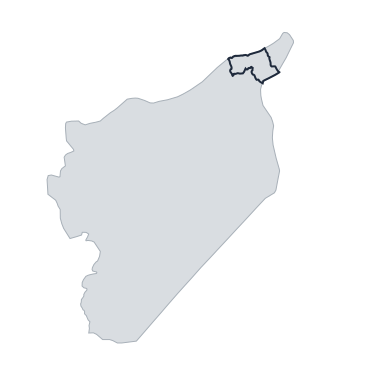 Quamishli, Hasaka (Al Haksa), Syria shown in context, rotated 344°
{"feature_id": "27442178B53577550578456", "entity_name": "Quamishli", "entity_type": "district", "adm_level": 2, "iso_a3": "SYR", "parent_name": "Syria", "parent_adm1": "Hasaka (Al Haksa)", "projection": "mercator", "projection_center": [41.203, 36.804], "detail": "fine", "context": "in_parent", "style": "outline", "palette": "slate", "viewbox_px": 384, "rotation_deg": 344, "n_neighbors": 0, "source": "geoboundaries", "source_scale": "gbopen_adm2", "svg_char_len": 4244}
<svg xmlns="http://www.w3.org/2000/svg" viewBox="0 0 384 384"><g transform="rotate(344 192 192)"><path d="M58.3,136.6L61.5,136.9L68.2,141.0L69.3,140.9L71.4,135.5L73.4,133.6L77.5,132.0L78.7,123.3L80.6,121.6L83.0,120.7L86.6,120.5L89.7,120.0L89.9,118.5L85.5,108.3L85.9,105.7L88.0,95.5L89.4,91.5L90.6,90.2L95.6,90.7L102.6,92.5L104.4,95.4L107.8,98.0L112.9,97.9L118.8,98.4L123.4,98.5L127.1,96.7L135.4,93.3L139.5,92.1L143.3,90.6L155.3,84.9L160.1,85.4L163.4,86.1L165.9,87.0L171.6,90.9L176.3,94.8L179.6,95.9L185.4,95.8L194.0,96.6L204.4,96.5L210.5,95.4L218.4,93.5L232.3,88.9L250.6,79.3L261.3,74.6L266.0,74.0L272.0,74.0L278.1,75.2L284.9,76.1L288.1,76.0L295.5,75.0L305.1,73.1L311.2,71.5L318.5,68.8L323.0,64.5L324.5,64.0L326.4,64.8L327.3,65.1L329.1,67.6L331.1,74.0L331.1,74.7L330.7,76.5L325.9,81.8L319.5,88.9L314.8,93.4L307.0,101.0L301.2,102.6L291.3,105.3L288.7,107.9L286.2,112.2L284.8,118.0L284.4,121.6L284.1,128.4L286.4,135.4L288.6,142.1L288.9,146.5L288.7,150.9L286.5,155.6L284.2,162.0L282.9,169.2L282.2,182.6L282.2,194.0L282.0,195.9L277.9,203.9L273.2,213.3L271.0,215.5L260.7,218.3L249.3,225.1L236.7,232.8L225.2,239.7L213.2,247.0L200.7,254.5L191.8,259.9L179.8,267.0L169.0,273.9L157.9,280.8L149.6,286.0L136.8,294.3L129.4,299.2L118.4,306.3L108.8,312.6L97.4,320.0L83.1,317.8L78.6,316.5L74.9,313.0L72.1,311.1L65.4,309.2L61.0,302.5L58.4,300.2L53.9,299.1L55.8,294.8L56.2,292.0L58.1,288.6L56.9,286.3L56.3,281.5L55.5,280.3L55.2,279.1L55.8,277.5L55.6,276.0L54.8,275.3L54.4,272.9L53.8,271.1L54.1,268.9L55.1,267.5L56.1,264.8L57.3,264.0L59.3,262.3L59.8,260.6L61.5,258.8L63.8,257.4L64.3,256.3L64.0,255.6L61.7,254.3L60.4,252.1L61.5,248.8L62.3,247.8L63.7,246.2L66.8,243.8L69.2,243.4L71.3,243.4L74.8,243.6L77.6,244.0L78.3,243.4L78.2,242.6L74.8,240.6L74.6,239.0L75.4,237.3L77.8,234.6L80.7,232.7L82.2,232.3L85.4,228.4L87.5,223.9L84.1,213.1L82.1,211.4L78.7,209.9L76.8,209.7L76.6,209.0L79.3,206.3L81.1,203.9L79.1,201.6L75.4,200.5L74.0,202.9L69.2,203.1L61.9,203.1L58.6,191.6L58.1,186.7L58.2,180.9L60.5,172.5L59.4,168.6L59.3,165.9L58.7,162.3L52.9,154.5L56.1,140.1L58.3,136.6Z" fill="#d9dde1" stroke="#a8b0b8" stroke-width="1"/><path d="M289.9,107.0L290.8,105.4L291.1,104.9L292.9,104.5L297.0,103.8L303.5,102.5L304.5,102.3L305.9,101.9L306.0,101.9L308.5,101.2L309.0,100.9L308.0,99.5L307.4,97.9L307.1,96.6L306.8,95.0L306.7,94.4L306.4,94.1L305.0,93.7L304.2,93.5L303.2,93.3L302.8,92.8L302.6,91.5L303.0,90.1L303.2,89.0L303.1,86.6L303.1,85.1L303.7,83.8L302.7,82.5L302.5,81.1L302.8,80.3L302.7,79.2L301.9,77.6L301.8,75.7L301.4,73.8L300.7,74.0L300.3,74.1L300.2,74.2L298.6,74.9L298.0,75.0L297.8,75.1L297.3,75.2L297.0,75.3L296.7,75.3L295.4,75.5L294.9,75.5L291.4,75.5L291.0,75.5L290.1,75.5L289.4,75.5L289.2,75.5L288.4,75.5L285.8,75.5L285.2,75.6L284.9,75.7L284.6,75.8L284.3,76.0L284.2,76.1L283.7,76.3L283.2,76.4L282.7,76.2L282.5,75.7L282.4,75.6L281.5,75.2L280.9,74.9L280.6,74.9L280.4,74.9L279.4,74.8L279.2,74.8L278.8,74.8L278.8,74.7L278.6,74.7L278.3,74.7L277.3,74.4L276.6,74.3L276.3,74.2L275.1,74.1L273.9,73.8L272.6,73.5L272.4,73.5L272.3,73.4L272.2,73.4L271.8,73.2L271.6,73.2L271.4,73.1L271.2,73.1L270.4,73.0L268.9,73.2L268.3,73.5L267.8,74.0L267.6,74.1L267.4,74.1L267.0,74.0L266.9,74.0L266.7,74.0L266.6,73.8L266.5,73.6L266.4,73.5L266.3,73.4L266.0,73.4L265.3,73.4L264.7,73.4L264.4,73.5L263.8,73.8L263.5,74.0L263.4,74.1L263.9,75.0L264.0,75.2L264.0,75.7L264.2,76.9L264.0,78.7L264.0,79.5L264.1,80.3L264.4,82.1L264.3,83.6L264.1,84.1L263.7,84.7L263.0,84.7L262.3,85.4L262.1,85.9L262.0,86.4L262.1,87.3L262.6,88.6L262.9,89.7L262.9,90.8L263.1,91.5L263.7,91.4L264.1,91.0L264.5,90.7L264.6,90.0L265.3,90.0L266.5,90.5L267.5,90.4L268.8,90.4L270.1,91.1L270.6,91.4L273.6,92.0L275.1,90.9L277.0,88.7L277.5,88.1L277.8,88.7L278.5,89.4L279.3,89.4L279.6,89.2L279.9,88.8L280.3,88.6L280.6,88.5L281.0,88.5L281.8,88.9L282.2,88.8L282.4,88.6L282.6,88.4L282.9,88.2L283.1,88.2L283.4,88.1L283.6,88.1L283.8,88.3L284.0,88.8L284.0,89.3L284.5,89.6L284.1,90.3L283.9,90.9L283.7,91.6L283.0,92.1L282.6,92.4L282.3,93.1L282.4,94.8L282.8,95.6L282.9,95.9L283.2,96.0L283.7,96.4L283.9,96.7L284.2,97.1L284.2,97.4L284.3,98.7L284.5,100.5L284.9,101.7L285.1,102.0L285.9,102.1L286.3,102.1L286.8,102.3L287.0,102.6L287.1,103.4L287.4,104.2L287.9,104.9L289.5,106.6L289.9,107.0L289.9,107.0Z" fill="none" stroke="#1e293b" stroke-width="2"/></g></svg>